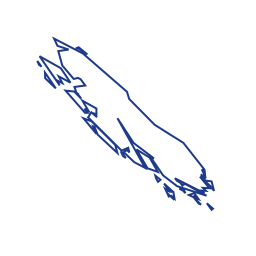 outline of Hitra nor, Sør-Trøndelag, Norway, rotated 232°
{"feature_id": "86288312B1227555163680", "entity_name": "Hitra nor", "entity_type": "district", "adm_level": 2, "iso_a3": "NOR", "parent_name": "Norway", "parent_adm1": "Sør-Trøndelag", "projection": "equal_earth", "projection_center": [8.707, 63.554], "detail": "medium", "context": "isolated", "style": "outline", "palette": "blue", "viewbox_px": 256, "rotation_deg": 232, "n_neighbors": 0, "source": "geoboundaries", "source_scale": "gbopen_adm2", "svg_char_len": 1897}
<svg xmlns="http://www.w3.org/2000/svg" viewBox="0 0 256 256"><g transform="rotate(232 128 128)"><path d="M195.9,101.8L166.4,103.5L164.8,105.6L169.9,105.5L165.7,107.4L177.5,108.9L162.8,115.1L158.3,111.6L160.3,110.2L155.6,110.2L162.9,108.8L161.0,103.1L114.2,109.0L112.3,116.0L107.9,114.0L111.1,113.8L111.7,109.7L97.2,111.9L86.1,116.9L142.2,125.7L112.7,123.2L88.1,129.7L90.5,127.8L68.9,126.5L51.9,130.9L26.3,148.2L47.9,139.0L50.5,135.6L48.1,135.4L52.6,135.5L56.3,134.1L59.5,134.0L29.5,148.1L33.8,147.0L30.4,150.8L34.7,150.2L30.4,155.1L45.3,154.7L39.1,156.6L46.6,156.9L40.5,158.4L50.0,160.7L45.1,160.8L48.0,162.6L82.1,162.5L114.1,151.0L150.1,146.8L157.2,149.5L214.6,138.3L243.9,124.8L236.2,123.0L226.4,129.5L231.5,120.4L217.7,114.7L200.1,115.4L198.3,119.4L195.6,120.7L187.8,120.5L193.3,111.1L187.7,109.1L185.3,109.7L184.6,109.2L181.4,109.3L181.3,109.2L180.5,109.2L180.1,109.1L189.8,108.1L195.9,101.8ZM239.0,102.5L203.6,100.4L209.2,101.4L203.8,103.9L211.3,105.2L199.1,110.6L216.4,111.9L239.0,102.5ZM163.0,98.9L142.8,99.5L150.9,101.5L149.5,102.3L141.4,100.0L114.8,104.3L122.6,107.5L155.7,103.4L163.0,98.9ZM84.2,118.6L75.0,124.5L91.5,126.8L105.9,121.5L84.2,118.6ZM218.2,93.4L203.7,95.5L222.8,96.7L218.2,93.4ZM57.2,119.9L47.9,117.7L52.6,118.8L42.8,120.3L48.5,120.4L43.8,121.2L49.7,124.4L52.3,121.5L57.2,119.9ZM39.8,155.8L31.7,157.1L25.5,157.1L34.4,161.0L39.8,155.8ZM37.7,134.7L30.7,138.2L34.5,138.1L30.4,138.5L28.4,139.8L35.8,140.2L37.7,134.7ZM62.0,122.2L53.8,121.8L52.0,123.9L62.0,122.2ZM20.1,143.8L12.1,143.5L12.1,145.3L20.1,143.8ZM32.1,137.0L24.9,137.2L22.6,138.4L32.1,137.0ZM222.9,135.9L221.2,137.9L211.0,141.3L222.0,138.8L222.9,135.9ZM67.1,118.5L67.2,121.7L73.6,120.2L71.0,119.1L67.1,118.5ZM48.6,131.1L44.7,132.8L41.3,133.1L45.7,134.2L48.6,131.1ZM114.1,108.0L108.8,106.8L105.7,107.8L114.1,108.0ZM232.7,96.8L229.6,97.6L236.7,97.8L232.7,96.8Z" fill="none" stroke="#1e3a8a" stroke-width="2"/></g></svg>